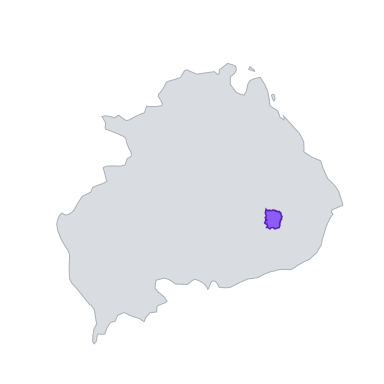 location of Puok, Siemréab, Cambodia, rotated 164°
{"feature_id": "14789045B68660120235745", "entity_name": "Puok", "entity_type": "district", "adm_level": 2, "iso_a3": "KHM", "parent_name": "Cambodia", "parent_adm1": "Siemréab", "projection": "orthographic", "projection_center": [103.615, 13.442], "detail": "fine", "context": "in_parent", "style": "filled", "palette": "violet", "viewbox_px": 384, "rotation_deg": 164, "n_neighbors": 0, "source": "geoboundaries", "source_scale": "gbopen_adm2", "svg_char_len": 5841}
<svg xmlns="http://www.w3.org/2000/svg" viewBox="0 0 384 384"><g transform="rotate(164 192 192)"><path d="M327.9,72.9L328.7,75.9L326.6,81.7L324.3,86.9L319.9,91.6L319.7,94.9L318.4,104.9L319.0,108.1L320.1,110.8L321.6,112.2L325.6,122.0L329.3,130.8L332.9,138.1L333.6,142.7L330.6,154.4L327.0,165.2L327.4,170.6L329.1,175.9L330.9,183.1L331.7,192.2L330.9,198.2L329.2,201.9L326.0,205.8L323.2,207.7L319.8,204.6L317.1,204.5L313.4,205.5L310.6,207.0L304.9,212.7L298.5,218.2L289.5,219.7L286.1,223.8L282.4,224.4L275.3,224.7L270.7,225.6L270.9,227.7L270.7,237.2L270.8,239.5L270.1,240.1L266.9,240.4L261.4,239.0L254.1,236.7L248.8,236.4L246.2,240.6L244.6,242.2L242.6,242.5L240.5,243.2L239.9,245.1L239.7,247.4L240.7,251.4L241.2,257.7L240.9,262.0L242.9,264.7L254.2,273.8L257.5,276.0L257.9,277.4L256.0,282.4L257.8,289.3L254.3,289.2L248.4,286.3L245.6,284.5L242.2,286.0L241.0,285.7L238.6,282.3L235.6,278.8L232.5,278.6L226.0,280.1L219.3,281.1L216.7,281.1L215.7,281.7L211.8,287.0L210.2,286.1L203.4,284.1L197.3,283.4L196.0,284.8L196.8,289.0L198.1,293.2L197.3,295.0L194.0,297.2L189.5,301.1L186.8,304.2L184.9,305.0L178.1,304.9L171.3,305.3L168.5,308.2L166.0,310.5L163.8,311.1L154.9,304.0L137.3,301.5L135.3,298.4L133.7,297.7L132.0,301.9L122.3,305.8L118.3,303.4L115.3,300.5L115.8,297.0L118.6,294.1L123.4,292.1L125.6,284.8L121.9,275.5L118.7,272.8L115.3,270.7L111.8,274.1L108.8,280.0L105.7,283.1L101.2,283.7L94.8,283.5L92.3,274.7L91.5,267.1L92.4,258.5L93.4,253.4L87.2,246.3L86.8,239.6L83.8,236.1L83.0,237.8L83.0,239.8L82.2,238.4L72.5,218.6L70.8,209.5L72.5,202.4L73.5,200.1L70.7,196.4L66.8,192.1L59.8,186.6L59.4,177.9L57.9,167.6L55.8,164.1L52.6,157.7L50.9,152.5L50.4,138.6L51.3,137.5L56.2,137.1L62.6,136.1L63.6,133.9L62.5,132.0L66.5,128.9L72.4,122.0L76.9,114.9L80.1,110.3L82.1,105.8L88.6,99.4L97.6,95.0L103.7,94.0L110.1,92.5L116.1,90.4L119.0,90.2L126.6,92.8L130.7,93.4L135.0,93.4L139.4,93.7L143.3,93.4L152.5,91.6L162.4,93.0L171.1,91.8L182.0,89.7L187.3,91.0L192.2,93.0L192.9,97.2L194.0,99.2L195.6,100.7L197.8,100.6L200.5,97.7L202.8,94.6L203.6,94.1L203.7,95.5L204.9,98.8L207.0,102.1L209.1,104.2L212.6,107.0L214.8,107.2L222.2,104.4L233.4,108.2L234.7,110.2L238.4,114.2L242.3,117.0L251.0,117.1L254.0,110.0L252.4,105.7L247.4,98.3L246.0,93.9L247.6,93.1L256.0,92.2L257.3,91.3L259.1,86.4L261.4,86.9L266.0,87.5L270.9,84.1L273.8,80.6L275.4,82.2L277.1,84.6L279.0,86.0L282.6,88.1L286.5,91.0L289.0,93.8L290.9,94.9L295.9,94.1L297.2,94.2L300.1,90.6L302.0,88.7L303.8,89.2L306.3,89.1L311.4,84.6L314.3,80.4L315.9,79.3L320.6,81.3L322.4,80.8L325.0,75.1L327.9,72.9ZM89.0,263.0L88.0,263.5L87.1,263.5L86.2,262.7L86.3,259.5L87.0,257.6L88.6,257.2L89.0,263.0ZM103.7,294.3L101.7,296.4L98.6,292.0L98.6,290.8L103.7,294.3Z" fill="#d9dde1" stroke="#a8b0b8" stroke-width="1"/><path d="M124.7,153.7L124.8,153.9L125.1,154.3L125.3,154.6L125.3,154.4L125.1,154.2L125.3,154.2L125.3,153.9L125.4,154.0L125.7,154.0L126.0,154.2L126.4,153.6L126.7,152.6L126.9,152.5L127.2,152.0L127.3,151.7L127.3,150.5L127.2,149.9L127.1,149.6L127.0,149.4L127.1,149.0L127.2,148.6L127.3,148.3L127.5,148.0L127.7,147.8L127.9,147.6L128.0,147.5L128.3,147.4L128.6,147.4L128.6,147.2L128.5,146.8L128.5,146.6L128.6,146.3L128.7,146.1L128.7,145.9L128.7,145.4L128.8,145.1L128.4,145.1L128.0,145.1L127.9,145.1L127.8,144.7L127.7,144.1L127.8,144.0L128.5,144.0L128.8,144.1L129.2,144.0L129.3,143.8L130.0,143.0L130.0,142.7L130.4,142.7L130.7,142.2L130.4,141.9L130.3,141.6L130.2,141.5L129.8,141.0L129.8,140.9L129.6,140.7L129.3,140.6L129.0,140.6L128.7,140.6L128.8,140.1L128.7,139.7L128.6,139.4L128.5,139.2L128.7,138.9L128.9,138.7L129.0,138.6L129.0,138.4L129.1,138.2L129.3,138.1L129.5,138.0L129.6,137.9L130.2,137.5L130.2,137.4L129.7,137.4L129.2,137.3L129.1,137.2L128.7,136.8L128.5,136.5L128.3,136.3L127.9,135.8L127.2,135.0L126.9,135.2L126.8,135.4L126.5,135.6L126.4,135.7L126.0,135.8L125.8,135.8L125.0,135.8L124.7,135.8L124.5,135.7L124.3,135.7L124.0,135.5L123.8,135.5L123.7,135.4L123.3,134.9L123.2,134.8L123.1,134.5L123.1,134.4L122.6,133.9L122.5,133.7L121.9,133.7L121.7,133.7L121.0,133.8L118.8,133.8L118.2,133.8L117.9,133.8L117.8,134.0L117.7,134.1L117.7,134.3L117.6,134.5L117.4,134.7L117.4,134.8L117.3,135.1L117.2,135.2L117.1,135.3L117.0,135.5L116.9,135.6L116.8,135.8L116.7,135.8L116.7,136.0L116.6,136.4L116.6,136.6L116.5,136.8L116.6,137.0L116.6,137.3L116.5,137.5L116.4,137.8L116.3,138.0L116.2,138.3L115.9,138.2L115.9,138.3L115.9,138.2L115.8,138.3L115.8,138.5L115.7,138.7L115.5,138.8L115.5,139.0L115.3,139.1L115.2,139.2L115.1,139.3L115.0,139.5L115.0,139.8L114.9,139.8L114.9,140.0L114.8,140.3L114.7,140.4L114.7,140.5L114.3,140.6L114.3,140.8L114.2,140.8L113.9,141.0L113.6,141.0L113.6,141.3L113.5,141.5L113.4,141.5L113.4,141.8L113.4,142.0L113.0,142.3L112.9,142.5L113.0,142.7L113.1,142.9L113.1,143.0L112.8,143.1L112.6,143.3L112.3,143.5L112.2,143.6L112.2,143.8L112.4,144.0L112.5,144.2L112.5,144.3L112.5,144.6L112.5,144.9L112.5,145.1L112.6,145.4L112.6,145.5L112.6,145.8L112.6,146.0L112.7,146.4L112.8,146.4L112.8,146.5L112.7,146.8L112.8,147.0L113.0,147.3L113.0,147.5L112.9,147.5L113.0,147.8L112.9,147.8L113.0,147.9L113.1,148.0L113.2,148.3L113.2,148.5L113.3,148.7L113.2,148.7L113.2,148.8L113.3,149.0L113.6,149.3L113.7,149.2L113.8,149.2L114.0,149.1L114.4,149.2L114.6,149.2L114.9,149.2L115.0,149.3L115.1,149.5L115.1,149.8L115.6,149.9L115.8,149.9L116.2,150.1L116.5,150.3L116.4,150.6L116.5,150.6L116.7,150.8L116.7,151.2L116.8,151.3L117.0,151.4L117.3,151.3L117.9,151.3L118.0,151.3L118.1,151.5L118.2,151.8L118.3,152.0L118.5,152.2L118.6,152.3L118.8,152.3L119.1,152.3L119.3,152.3L119.5,152.4L119.7,152.2L119.8,152.2L120.1,152.2L120.4,152.1L120.6,152.2L120.8,152.3L121.1,152.4L121.3,152.3L121.5,152.4L121.7,152.6L121.9,152.7L122.1,152.8L122.3,152.9L122.3,153.0L122.6,153.2L122.6,153.3L122.8,153.4L123.0,153.2L123.3,153.0L123.3,152.9L123.2,152.9L123.4,152.7L123.5,152.8L123.8,153.0L124.3,153.3L124.6,153.6L124.7,153.7Z" fill="#8b5cf6" stroke="#5b21b6" stroke-width="1.5"/></g></svg>